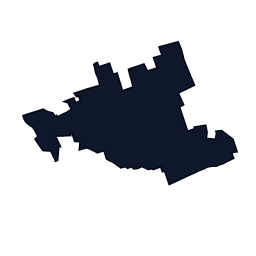 the district of Tekantó, Yucatán, Mexico, rotated 155°
{"feature_id": "50627088B33701655383070", "entity_name": "Tekantó", "entity_type": "district", "adm_level": 2, "iso_a3": "MEX", "parent_name": "Mexico", "parent_adm1": "Yucatán", "projection": "albers", "projection_center": [-89.093, 21.008], "detail": "fine", "context": "isolated", "style": "filled", "palette": "ink", "viewbox_px": 256, "rotation_deg": 155, "n_neighbors": 0, "source": "geoboundaries", "source_scale": "gbopen_adm2", "svg_char_len": 4261}
<svg xmlns="http://www.w3.org/2000/svg" viewBox="0 0 256 256"><g transform="rotate(155 128 128)"><path d="M215.2,146.2L214.7,143.5L209.1,140.4L207.9,140.0L207.6,136.8L207.7,135.5L207.8,134.2L207.9,133.6L207.4,130.8L207.8,129.1L208.0,128.6L205.5,128.3L198.4,140.5L197.0,139.6L197.0,151.3L196.4,151.0L195.7,150.6L195.0,150.3L193.8,149.8L192.9,149.4L192.4,149.2L190.8,148.4L188.9,147.7L188.4,147.5L186.8,146.9L183.9,145.6L183.1,145.3L183.2,146.9L181.0,146.7L181.4,143.5L181.6,141.9L181.9,139.7L182.1,138.4L177.4,135.8L181.5,128.6L178.9,128.3L176.1,128.1L176.1,127.8L173.9,127.6L172.7,126.3L172.0,125.7L171.6,125.3L170.0,123.1L169.0,122.0L167.5,120.2L167.0,119.3L166.4,118.4L162.1,117.9L159.5,117.6L159.7,115.7L159.9,113.9L160.0,113.2L160.2,112.3L160.2,111.6L160.6,109.1L159.2,106.8L158.6,106.3L158.4,106.1L157.8,105.1L156.7,104.2L155.7,102.6L154.9,101.2L153.2,98.0L152.4,97.0L152.1,96.3L151.5,94.9L149.3,94.6L148.1,94.5L148.1,94.0L146.8,94.0L146.2,94.1L146.0,92.7L145.6,91.7L144.5,91.6L143.7,91.5L142.8,91.4L142.0,91.3L140.2,91.1L140.3,90.5L140.6,89.0L140.2,88.7L139.6,88.2L138.9,88.0L138.1,87.7L136.9,87.3L135.9,87.2L134.9,87.2L134.4,87.1L133.7,87.1L133.0,87.1L132.4,87.9L127.1,81.7L126.2,81.5L124.4,81.4L122.8,79.7L121.4,79.5L114.9,78.9L115.4,73.8L113.1,73.5L114.6,59.3L91.3,59.3L88.6,59.2L84.9,59.2L81.3,59.2L78.3,59.1L76.1,58.9L72.4,59.0L70.8,58.6L67.3,57.6L65.5,56.7L64.1,56.0L60.5,56.0L56.5,55.4L55.0,55.7L53.8,55.7L52.5,55.7L45.3,55.8L45.2,55.8L44.9,55.8L44.8,57.9L44.6,61.6L40.2,60.7L39.2,60.2L39.0,61.4L38.8,62.7L37.6,73.6L44.2,86.1L49.7,88.0L50.2,85.7L53.5,81.0L53.9,81.2L54.2,81.4L54.5,81.5L54.9,81.7L55.2,81.9L55.5,82.1L56.0,82.4L56.2,82.5L56.5,82.7L56.9,82.9L57.7,83.4L59.5,84.4L59.7,84.1L60.0,84.0L61.5,84.8L59.8,87.8L59.0,89.2L58.1,90.7L57.7,92.2L57.3,94.0L56.3,97.7L62.5,99.5L67.6,100.9L67.7,99.7L67.7,99.2L70.7,99.5L72.3,99.7L75.3,100.0L75.1,101.1L75.0,102.2L74.7,104.6L74.5,106.3L74.4,107.2L74.2,109.2L73.9,111.5L73.7,113.0L73.5,115.2L73.2,117.6L73.0,119.2L72.8,120.7L72.6,122.9L72.3,125.2L67.7,125.5L67.7,125.8L67.7,130.5L67.7,130.8L67.5,138.4L66.6,138.4L64.0,138.5L60.0,138.5L56.2,138.6L53.7,138.6L49.6,138.7L49.3,147.4L49.1,152.0L49.0,153.8L48.9,156.5L48.8,158.1L48.7,161.3L48.6,162.2L48.4,166.1L47.8,169.4L47.6,170.0L46.5,176.2L46.3,178.9L46.2,181.5L46.1,183.3L46.0,184.9L48.4,185.4L50.9,185.8L51.5,185.9L53.6,186.3L56.9,186.8L57.0,186.9L59.8,187.4L60.8,187.6L62.9,187.9L63.1,188.0L65.0,188.3L65.7,188.4L66.0,185.5L66.1,183.5L66.3,181.0L66.4,179.6L66.5,179.6L71.4,180.4L74.4,180.9L75.2,181.1L75.4,179.2L75.5,178.4L75.5,177.9L75.6,176.6L75.7,175.8L76.0,173.2L76.3,170.6L76.3,170.3L79.4,170.6L81.5,170.9L82.6,171.0L83.9,171.2L86.3,171.5L86.4,179.3L94.3,180.2L96.1,180.4L97.9,180.6L98.7,180.7L100.0,180.9L102.6,181.0L102.8,181.0L103.7,176.8L104.0,174.9L104.9,169.4L105.2,167.9L106.2,163.1L110.8,163.5L111.6,163.6L115.8,164.0L117.3,164.2L116.7,167.9L116.1,171.5L115.6,175.5L114.6,182.5L118.6,183.0L117.9,189.9L117.4,193.9L117.3,194.6L119.5,194.8L128.4,195.8L128.0,200.4L130.3,200.6L130.4,199.9L132.2,200.2L132.5,197.9L134.0,191.5L134.1,186.7L134.3,185.1L135.5,178.6L141.5,179.6L143.7,179.9L147.9,180.6L151.2,181.0L151.4,181.0L162.2,182.3L161.4,178.0L159.3,177.9L159.7,173.0L164.8,173.1L164.3,178.2L164.8,178.3L166.0,178.4L167.0,178.5L167.5,178.5L169.4,178.7L169.5,178.7L170.5,178.8L172.6,178.9L173.9,179.0L174.9,179.0L171.4,175.8L171.5,175.2L171.7,174.5L171.8,173.1L171.6,170.2L171.6,168.9L175.9,168.3L177.6,168.1L179.4,168.2L181.8,168.2L183.9,168.1L185.5,168.0L187.0,167.8L187.3,169.7L188.0,169.7L189.3,169.7L189.3,170.0L189.5,170.0L189.5,171.4L189.6,172.8L189.6,173.4L191.2,174.7L191.8,175.1L193.1,176.2L194.3,177.4L194.8,177.8L196.5,180.6L196.8,180.9L199.3,181.3L201.5,181.5L202.1,181.6L206.2,182.1L206.6,182.2L206.8,182.2L209.0,182.5L209.5,182.6L213.0,183.0L216.9,183.5L217.9,183.7L218.1,182.6L218.4,180.9L218.4,180.1L218.3,178.4L218.1,177.2L217.8,175.9L217.4,174.8L216.8,173.6L216.1,172.1L215.8,171.5L215.0,170.4L214.4,169.6L214.2,168.8L213.8,167.2L213.6,166.3L213.5,165.4L213.5,164.7L213.5,162.9L213.4,161.6L213.3,160.2L213.3,159.3L213.2,158.4L215.3,157.9L215.3,157.6L217.0,157.4L216.7,155.9L216.8,155.9L216.7,155.2L216.5,153.5L216.2,152.1L215.9,150.4L215.5,147.9L215.2,146.2Z" fill="#0f172a" stroke="#020617" stroke-width="1.5"/></g></svg>